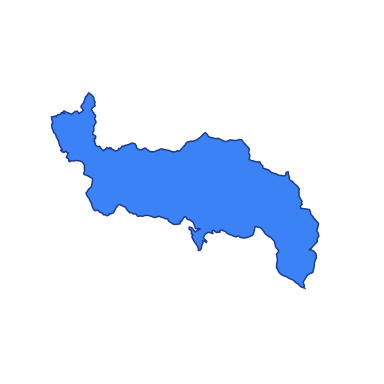 Zavoi, Caras-Severin, Romania (orthographic projection), rotated 323°
{"feature_id": "2599482B12025753001267", "entity_name": "Zavoi", "entity_type": "district", "adm_level": 2, "iso_a3": "ROU", "parent_name": "Romania", "parent_adm1": "Caras-Severin", "projection": "orthographic", "projection_center": [22.559, 45.382], "detail": "fine", "context": "isolated", "style": "filled", "palette": "blue", "viewbox_px": 384, "rotation_deg": 323, "n_neighbors": 0, "source": "geoboundaries", "source_scale": "gbopen_adm2", "svg_char_len": 6051}
<svg xmlns="http://www.w3.org/2000/svg" viewBox="0 0 384 384"><g transform="rotate(323 192 192)"><path d="M273.8,290.6L273.9,287.7L273.5,286.1L273.8,285.0L273.5,281.1L274.7,279.0L274.7,278.1L275.3,277.0L275.3,276.7L268.9,270.3L270.5,268.3L272.6,268.1L272.7,266.7L274.3,265.7L274.3,263.6L274.7,262.3L274.8,260.3L276.5,257.5L277.2,257.0L278.0,255.3L279.6,254.2L279.6,251.1L279.4,249.5L278.7,246.9L278.7,244.1L277.5,242.1L277.2,240.9L278.7,238.9L279.5,236.0L280.2,235.3L280.5,234.4L281.0,234.1L280.6,233.5L279.7,233.1L278.2,233.4L277.5,234.7L276.4,235.1L274.1,233.8L273.8,233.4L273.8,232.7L272.1,231.8L270.5,229.1L270.4,228.5L269.7,227.6L269.0,227.1L268.2,225.4L267.3,224.7L266.9,223.3L266.6,220.7L263.1,215.7L263.2,215.1L264.2,213.9L263.7,211.7L264.2,209.2L264.1,208.4L261.8,207.1L259.3,203.6L258.2,202.5L257.5,200.9L257.4,200.5L260.4,197.2L260.7,195.2L261.1,194.3L263.1,192.8L263.2,192.1L263.8,191.7L262.9,182.9L263.2,181.0L262.9,180.0L261.5,178.6L258.9,177.8L257.4,176.9L253.6,173.2L252.0,173.1L250.4,172.5L249.3,171.9L248.0,170.6L245.5,165.2L242.2,162.9L241.3,161.3L239.0,158.9L238.6,157.2L238.7,154.9L238.4,152.7L236.8,152.5L232.0,153.3L226.7,153.2L223.0,151.9L221.6,150.7L218.0,149.2L216.0,149.6L214.0,150.6L212.7,150.5L211.2,151.0L207.1,151.7L206.1,151.3L205.3,150.3L202.6,149.8L200.2,147.8L199.1,145.5L195.2,141.3L194.2,139.6L193.1,138.9L186.5,137.2L185.1,136.6L183.8,135.1L182.6,134.5L182.2,132.1L181.5,131.1L181.5,129.3L180.2,128.3L176.5,127.8L174.6,125.0L174.6,124.5L174.3,123.9L174.4,123.2L175.3,121.5L175.3,119.7L175.5,119.4L174.1,117.3L172.9,116.6L171.4,116.4L168.2,115.3L166.9,114.6L164.5,114.3L164.3,114.2L164.4,113.7L163.7,113.4L161.0,114.1L160.1,113.9L160.1,113.5L159.7,113.2L158.9,113.8L157.5,113.9L155.7,113.2L154.9,112.4L154.8,111.1L153.9,110.1L153.4,108.4L153.9,108.4L153.7,107.8L152.8,107.0L152.2,107.5L151.6,107.2L151.1,106.6L150.7,105.1L148.0,106.0L147.7,105.5L146.3,105.9L145.6,103.3L145.7,102.9L145.5,101.7L145.8,100.9L145.5,100.2L145.6,99.9L144.1,99.1L143.0,96.6L144.1,95.1L144.1,93.7L144.6,93.2L144.4,92.5L145.1,92.0L145.7,91.9L145.8,90.8L147.5,91.1L147.9,90.1L148.7,89.5L147.6,85.9L147.8,85.6L149.0,84.2L150.4,84.1L151.7,82.6L152.0,81.6L153.0,80.7L154.6,79.6L157.1,78.9L158.0,76.9L158.0,75.2L159.1,74.3L160.5,73.7L161.0,72.3L160.9,71.4L160.6,70.7L161.2,69.7L161.0,68.8L161.2,67.4L161.1,66.1L161.4,65.6L162.1,65.1L163.8,64.8L166.5,64.9L167.1,63.0L168.7,62.0L169.2,60.0L169.2,58.8L170.1,58.1L170.4,57.0L170.2,53.8L169.7,52.7L169.7,51.9L169.0,50.7L165.6,52.0L164.6,51.7L159.2,55.6L157.5,55.8L155.1,56.7L154.4,57.4L154.6,59.8L153.8,61.6L151.9,61.8L151.0,61.2L149.4,61.5L148.7,61.3L149.0,60.0L149.0,58.4L147.3,57.4L142.5,57.4L141.0,54.6L139.9,53.2L138.9,50.7L138.4,50.2L137.7,50.2L137.1,50.6L137.3,52.3L136.5,51.7L136.2,50.7L135.5,50.2L134.4,50.2L133.9,50.8L131.9,50.1L131.1,49.5L129.0,50.0L129.1,49.4L124.8,47.5L122.8,52.0L121.9,53.3L120.4,53.7L120.0,54.2L118.7,56.7L117.4,61.6L118.0,63.3L116.6,66.8L116.5,69.0L116.0,71.2L114.4,74.8L114.3,77.2L113.5,79.0L113.6,79.7L113.0,79.7L113.3,80.0L112.4,80.0L112.5,80.8L112.3,80.8L112.4,81.6L112.9,81.8L113.1,83.0L114.1,83.5L115.5,83.3L115.9,85.0L116.6,86.1L115.6,86.6L113.9,88.1L113.4,88.1L112.4,88.9L113.2,90.5L113.2,92.1L113.0,92.8L112.5,92.6L112.3,93.4L112.9,94.5L114.6,94.5L116.6,96.4L118.0,96.8L121.1,99.6L122.5,102.1L122.2,105.6L122.0,106.4L120.7,107.6L119.9,108.9L119.7,109.9L116.8,111.9L116.4,113.1L116.8,113.8L118.3,115.5L118.7,117.1L120.4,120.7L120.5,121.6L117.4,125.0L114.3,127.5L111.3,127.5L107.7,128.9L106.7,129.0L106.1,130.6L105.8,132.9L106.0,134.8L105.0,138.7L105.2,140.3L104.5,141.1L103.7,143.2L103.1,146.2L103.0,147.8L103.6,148.8L104.7,149.1L105.9,150.2L106.3,152.9L107.6,154.8L107.6,156.8L109.3,158.5L109.7,159.7L110.3,160.0L111.7,160.3L113.0,159.6L113.9,160.7L115.1,160.7L116.4,161.3L119.3,160.2L121.8,158.9L125.4,158.0L127.0,158.5L127.3,159.9L128.0,160.7L128.5,162.2L129.5,163.5L129.6,165.1L129.3,167.3L129.9,171.1L131.5,172.7L132.1,174.5L133.8,175.5L134.0,176.9L134.0,178.6L134.6,179.2L136.2,180.0L138.1,181.8L139.9,182.2L142.6,183.9L145.0,187.1L146.2,189.1L147.3,190.2L150.8,191.5L151.6,192.1L152.3,193.9L154.0,195.6L154.5,197.2L156.4,198.9L155.9,200.9L155.9,201.5L157.8,206.6L159.6,208.2L163.2,210.2L165.3,208.3L165.7,209.0L166.0,209.2L168.1,208.2L171.2,207.3L171.8,207.8L172.1,208.7L171.9,210.6L172.3,211.9L173.8,213.4L174.1,215.1L174.8,216.7L172.8,223.5L176.3,226.0L175.9,226.5L174.0,225.9L171.2,226.0L170.5,225.6L170.3,220.6L169.2,218.7L168.7,218.4L167.8,219.0L167.5,220.1L167.9,221.4L167.9,222.7L167.7,223.4L166.3,225.1L166.9,226.8L164.9,227.7L164.5,229.3L164.0,232.8L163.9,237.3L163.5,239.7L162.8,241.6L162.0,242.6L163.7,243.4L165.1,242.9L168.3,240.0L170.0,239.3L171.0,238.3L171.2,237.5L172.3,238.5L173.1,241.0L173.9,240.6L174.1,239.2L173.5,236.6L173.6,235.3L176.8,233.6L180.9,234.0L182.2,235.6L183.2,237.4L183.8,237.6L184.3,235.6L185.0,235.1L185.6,235.2L186.6,236.8L187.0,239.0L189.2,240.1L190.0,240.9L190.4,240.7L190.8,239.7L191.9,239.7L192.9,240.2L193.6,241.8L194.6,242.8L195.0,244.2L195.1,245.9L196.2,247.8L196.1,248.4L197.4,249.7L198.9,252.7L199.7,253.9L200.6,254.5L201.8,254.5L202.5,255.1L203.0,255.7L203.0,256.7L204.0,258.3L205.9,260.1L208.3,261.4L213.9,263.0L215.8,262.4L220.0,259.1L221.1,257.9L222.2,257.9L223.7,260.1L224.7,260.9L225.2,262.1L225.6,265.0L225.4,269.0L226.2,273.3L227.5,275.4L228.1,280.1L227.9,281.7L225.9,285.8L225.7,287.5L226.0,289.7L225.7,291.2L224.4,292.0L223.2,292.1L221.8,292.7L220.2,296.3L219.1,297.9L215.9,300.8L214.1,303.1L213.7,304.0L214.2,304.3L214.1,305.4L213.4,306.5L213.2,309.2L213.9,312.6L216.6,316.8L217.5,319.2L220.0,323.7L220.4,327.1L221.4,329.2L221.8,333.0L224.0,336.5L224.1,335.7L225.4,334.2L226.4,331.2L226.8,330.8L231.4,328.8L234.4,327.9L237.2,328.1L239.6,328.9L240.4,328.7L244.9,324.9L247.0,322.3L249.9,320.3L251.8,319.4L253.8,316.1L253.8,314.3L253.6,312.6L252.8,310.6L250.9,308.8L251.3,308.5L253.3,308.8L255.2,308.2L262.2,307.1L263.9,304.6L266.7,303.6L267.1,302.9L268.1,300.3L268.3,298.2L269.2,297.2L271.5,295.7L273.9,293.6L274.1,292.6L273.8,290.6Z" fill="#3b82f6" stroke="#1e3a8a" stroke-width="1.5"/></g></svg>